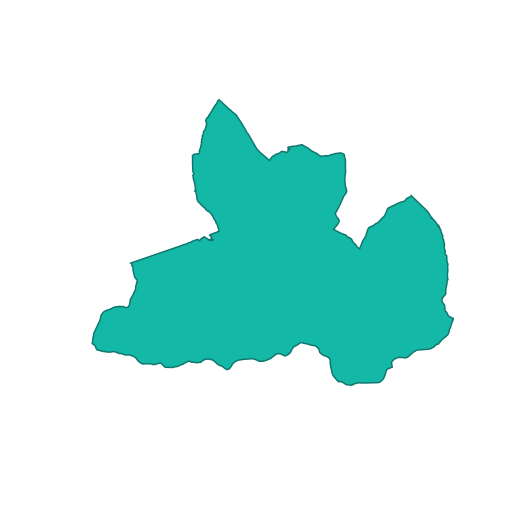 outline of Ohaba Lunga, Timis, Romania, rotated 161°
{"feature_id": "2599482B82981888181214", "entity_name": "Ohaba Lunga", "entity_type": "district", "adm_level": 2, "iso_a3": "ROU", "parent_name": "Romania", "parent_adm1": "Timis", "projection": "robinson", "projection_center": [21.992, 45.927], "detail": "fine", "context": "isolated", "style": "filled", "palette": "teal", "viewbox_px": 512, "rotation_deg": 161, "n_neighbors": 0, "source": "geoboundaries", "source_scale": "gbopen_adm2", "svg_char_len": 6059}
<svg xmlns="http://www.w3.org/2000/svg" viewBox="0 0 512 512"><g transform="rotate(161 256 256)"><path d="M281.4,372.4L283.6,371.3L283.5,370.7L283.9,370.1L284.2,368.8L285.7,364.7L288.2,356.3L287.9,353.9L289.4,353.0L289.5,351.8L290.1,349.3L290.4,344.0L290.8,342.0L291.7,337.9L292.7,337.4L291.9,336.7L292.2,335.5L292.4,331.8L293.2,329.3L293.1,326.2L292.0,324.3L290.5,320.7L288.6,317.8L288.3,316.3L287.0,314.0L286.4,314.1L284.8,310.6L283.9,307.6L283.5,304.1L282.9,302.4L283.0,300.4L282.4,298.4L282.7,291.8L283.1,291.5L285.7,291.3L291.5,291.2L293.0,290.8L293.2,290.5L292.0,289.6L291.8,289.0L292.6,287.4L293.3,286.5L292.3,285.7L291.7,286.1L291.2,285.6L292.4,284.8L293.0,285.0L294.9,286.6L294.9,285.5L296.5,288.5L297.4,289.2L298.3,290.7L298.7,291.0L303.1,289.9L303.3,289.4L303.7,289.2L304.9,288.9L305.0,289.0L305.4,290.5L307.7,290.7L311.0,290.7L313.5,290.3L315.8,290.4L317.0,290.0L321.8,290.3L323.1,290.1L376.8,290.1L376.0,288.2L376.5,286.7L375.9,285.4L375.9,285.0L376.9,282.9L377.6,275.5L376.2,271.3L377.0,269.9L377.5,269.7L377.2,269.0L377.3,268.8L378.0,268.6L379.8,266.2L379.9,265.3L381.1,263.3L385.2,259.1L389.2,255.6L389.9,253.7L391.8,250.7L393.7,249.3L395.0,249.3L396.4,250.0L398.0,251.5L400.0,252.0L400.8,252.6L406.5,253.8L412.2,253.1L414.5,253.3L418.1,252.8L420.3,251.5L422.3,249.7L423.1,248.1L424.6,245.9L434.6,235.6L435.9,232.9L436.8,231.9L437.2,230.2L437.7,229.8L438.4,227.8L439.3,226.7L438.6,225.3L437.7,224.3L437.4,223.5L437.2,222.8L437.3,220.7L436.9,219.1L431.6,215.5L427.1,213.3L425.4,212.7L421.5,211.9L420.7,211.5L417.0,208.3L414.8,207.4L411.9,205.0L409.1,204.0L408.1,203.8L406.4,202.7L403.1,199.4L401.6,195.1L400.7,193.5L398.4,190.8L394.3,189.7L390.5,188.2L388.1,186.6L384.9,186.2L383.3,186.3L381.0,185.6L380.1,184.6L378.6,181.0L377.6,180.1L374.6,179.1L373.3,178.4L372.3,178.3L371.3,177.8L367.8,177.5L366.1,177.1L363.2,177.5L360.9,177.6L360.4,177.4L356.8,178.3L353.6,178.4L351.2,176.4L348.3,175.3L347.1,174.5L342.8,173.5L340.0,174.6L338.3,174.8L335.6,174.4L333.7,173.6L331.1,172.0L329.5,169.9L328.3,167.5L327.2,165.8L326.1,164.5L323.7,162.5L322.4,160.4L321.0,158.5L319.8,157.9L318.2,157.9L315.1,159.9L313.2,161.6L311.6,162.4L310.0,162.9L307.2,163.3L302.2,162.5L293.3,160.2L291.0,159.0L287.0,155.3L284.1,154.3L281.4,154.0L275.7,154.3L269.3,156.5L267.1,156.6L265.3,155.9L264.5,155.3L261.2,152.1L260.7,152.0L258.0,152.3L255.8,153.1L254.3,154.0L252.8,155.7L250.2,157.8L245.0,158.6L243.6,159.3L242.9,159.5L240.5,159.1L239.4,157.9L236.4,156.4L233.4,154.1L230.9,152.6L230.1,152.5L228.9,151.3L227.6,149.5L226.9,147.6L227.1,144.1L226.3,142.5L225.2,140.9L223.8,139.4L221.2,137.4L220.4,136.3L219.7,134.4L219.8,133.4L221.0,129.4L222.2,120.2L222.1,118.9L221.5,116.3L219.1,110.4L216.9,109.7L215.6,108.8L214.8,108.0L212.7,105.1L207.8,102.7L204.0,103.1L200.9,102.9L195.7,100.9L181.3,96.4L179.3,96.6L175.4,98.4L172.5,101.8L170.3,104.9L168.7,106.3L163.3,106.6L162.8,110.3L162.0,111.9L158.7,113.5L155.5,113.8L154.2,113.7L151.0,112.5L147.9,111.0L146.5,110.8L143.5,111.7L139.4,113.6L135.6,114.5L134.2,114.6L123.6,111.8L120.8,111.5L117.5,112.1L114.4,113.6L112.2,113.4L111.6,113.9L106.6,116.8L103.7,117.6L100.6,119.0L99.4,119.9L97.5,122.4L97.0,123.7L94.6,126.1L94.5,126.7L90.2,131.8L89.9,132.7L90.1,133.2L92.3,135.0L93.2,136.2L93.7,137.2L93.8,139.1L94.2,141.0L95.2,143.1L94.4,145.0L93.7,148.1L95.0,152.4L93.8,155.3L89.1,158.2L88.9,158.6L87.1,163.3L84.7,167.2L83.1,170.7L82.2,171.1L82.3,171.6L81.1,176.2L79.2,180.1L78.5,183.1L77.4,185.3L77.2,186.3L77.3,187.8L77.1,188.6L77.1,189.8L76.3,191.3L76.3,192.1L75.6,194.0L76.6,196.5L76.0,197.9L75.5,198.6L75.4,199.7L75.5,200.0L75.4,202.6L74.8,203.5L74.6,204.5L74.2,205.0L74.0,205.7L73.4,210.7L73.9,212.4L73.0,213.6L72.8,214.3L73.1,215.7L72.9,216.1L73.2,216.7L73.0,217.2L73.2,217.7L73.2,218.7L72.7,220.6L73.3,221.7L73.1,223.0L73.5,224.4L73.3,225.5L73.7,225.6L74.1,224.3L74.3,224.8L74.2,226.3L74.7,228.2L76.1,232.2L77.0,233.6L76.9,234.0L77.3,234.9L77.9,234.9L77.6,235.6L77.9,236.0L78.0,237.1L78.3,237.6L78.2,238.4L79.3,242.2L79.9,242.9L80.3,244.4L89.6,262.5L89.8,262.2L91.4,261.8L94.4,261.4L95.3,261.0L97.9,259.4L100.9,259.8L105.6,259.5L109.0,258.9L110.7,258.9L115.0,258.3L116.3,257.8L119.0,254.5L121.4,252.2L122.1,251.7L125.2,250.4L125.7,249.9L127.2,249.3L128.1,248.6L130.0,247.8L132.2,247.6L135.0,246.6L139.7,246.2L140.9,245.5L143.4,242.4L145.9,238.9L149.7,236.0L155.7,229.1L157.0,230.8L157.7,232.2L158.0,234.2L159.0,235.9L159.4,237.3L159.9,238.1L160.1,240.5L160.5,241.5L163.3,244.5L164.0,246.0L164.6,247.0L165.8,247.7L168.6,250.2L172.2,253.9L173.4,255.6L174.0,255.8L171.9,257.3L169.1,258.9L166.2,261.4L165.8,263.2L166.4,265.4L167.1,266.9L167.2,269.4L167.0,270.6L162.8,274.3L158.7,278.4L156.7,280.7L155.1,282.2L154.3,283.4L150.2,286.3L149.3,287.6L148.9,288.4L148.8,290.2L148.7,293.3L148.0,295.7L147.2,299.3L145.8,302.6L143.8,306.5L142.7,310.5L140.6,316.2L140.0,318.6L140.1,320.5L139.5,323.0L140.0,323.9L141.8,325.6L142.9,326.0L147.6,327.0L152.2,327.3L155.1,327.2L157.5,328.2L159.3,328.4L162.1,329.2L164.0,331.1L164.9,332.9L169.2,337.2L171.3,340.5L174.3,344.1L175.6,345.1L175.9,346.1L176.2,346.3L184.0,347.2L184.6,347.6L190.1,348.4L190.5,348.2L190.6,347.1L189.5,346.6L189.3,346.2L189.7,345.8L190.0,346.2L191.2,345.9L191.5,345.3L191.6,344.3L192.7,343.8L196.8,346.2L198.1,346.5L200.8,345.5L201.9,345.7L204.3,345.6L208.3,344.6L210.6,343.2L212.1,341.8L218.8,353.4L220.4,357.0L223.7,374.1L224.4,375.4L224.7,378.1L226.4,386.2L228.7,395.1L228.6,395.6L229.5,396.7L230.5,398.6L231.8,400.4L232.6,402.3L233.5,403.5L240.0,415.6L240.8,415.6L241.4,415.1L242.1,414.7L243.1,413.3L246.0,411.5L246.1,411.1L246.5,411.0L246.8,410.6L247.3,410.4L247.5,409.9L248.3,409.7L250.7,407.4L255.0,404.1L255.1,403.3L255.4,403.3L255.5,403.5L256.9,402.5L257.5,402.5L258.9,401.1L258.9,400.6L259.5,400.3L259.4,399.8L259.6,399.5L259.3,397.6L262.7,392.2L264.3,391.4L265.0,390.7L265.5,390.0L266.0,388.6L267.9,386.7L267.9,385.5L269.4,384.0L269.6,383.0L270.8,381.3L270.5,380.7L271.0,379.9L272.5,377.7L273.2,376.5L275.6,373.4L275.5,372.4L275.9,371.9L276.3,371.5L277.4,371.4L278.3,371.8L280.1,372.0L281.4,372.4Z" fill="#14b8a6" stroke="#0f766e" stroke-width="1.5"/></g></svg>